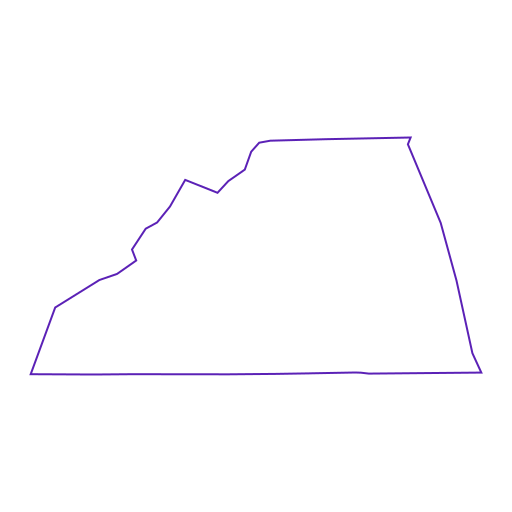 the district of Scott, Virginia, United States of America
{"feature_id": "52423323B99932966436825", "entity_name": "Scott", "entity_type": "district", "adm_level": 2, "iso_a3": "USA", "parent_name": "United States of America", "parent_adm1": "Virginia", "projection": "mercator", "projection_center": [-82.626, 36.739], "detail": "fine", "context": "isolated", "style": "outline", "palette": "violet", "viewbox_px": 512, "rotation_deg": 0, "n_neighbors": 0, "source": "geoboundaries", "source_scale": "gbopen_adm2", "svg_char_len": 555}
<svg xmlns="http://www.w3.org/2000/svg" viewBox="0 0 512 512"><path d="M407.9,144.3L410.6,137.5L325.7,139.2L270.3,140.7L259.2,142.7L251.2,151.7L244.8,169.6L228.3,181.1L217.5,192.8L185.2,179.9L170.0,206.5L157.1,222.5L145.7,228.7L132.0,249.5L136.2,260.5L117.1,273.9L99.4,280.0L55.2,307.5L30.7,374.2L94.0,374.5L131.6,374.2L219.4,374.3L229.8,374.3L275.9,373.9L307.2,373.4L308.1,373.4L311.6,373.3L355.4,372.5L361.0,372.7L368.8,373.6L479.4,372.6L481.3,372.6L472.4,353.2L456.5,280.6L440.7,222.9L407.9,144.3Z" fill="none" stroke="#5b21b6" stroke-width="2"/></svg>